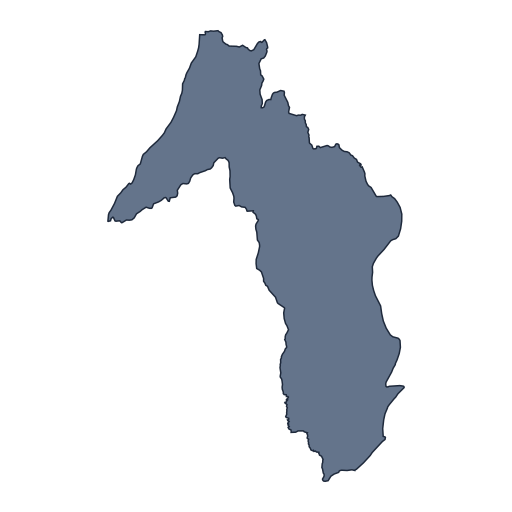 Oña, Azuay, Ecuador (Equal Earth projection)
{"feature_id": "8360857B30899779173578", "entity_name": "Oña", "entity_type": "district", "adm_level": 2, "iso_a3": "ECU", "parent_name": "Ecuador", "parent_adm1": "Azuay", "projection": "equal_earth", "projection_center": [-79.149, -3.497], "detail": "fine", "context": "isolated", "style": "filled", "palette": "slate", "viewbox_px": 512, "rotation_deg": 0, "n_neighbors": 0, "source": "geoboundaries", "source_scale": "gbopen_adm2", "svg_char_len": 6036}
<svg xmlns="http://www.w3.org/2000/svg" viewBox="0 0 512 512"><path d="M108.2,221.4L110.5,220.8L111.1,218.7L112.7,217.2L113.4,217.4L115.0,220.9L115.9,221.2L119.7,220.8L121.5,222.7L122.2,222.6L126.4,220.0L129.4,220.2L131.9,219.8L134.2,217.9L136.5,213.8L140.2,211.4L142.1,209.7L146.1,207.2L149.5,208.3L151.5,208.3L152.1,207.8L153.6,203.8L158.6,201.9L161.2,200.4L164.2,197.8L165.5,197.5L166.1,197.8L168.3,201.2L169.3,201.3L170.2,197.8L175.7,197.1L177.1,195.8L177.7,193.2L177.3,190.3L180.8,184.8L182.9,183.5L186.7,183.9L188.4,183.4L189.7,181.3L190.7,177.9L192.8,174.9L194.6,173.7L197.8,173.7L199.8,172.6L205.4,170.7L207.3,169.6L210.2,169.0L211.6,167.8L213.2,165.6L213.8,162.8L218.2,158.2L219.5,157.7L222.5,158.2L225.1,157.6L226.1,158.9L228.1,160.4L229.1,162.6L229.2,167.0L230.0,170.8L230.1,176.5L229.7,179.4L230.2,188.0L232.6,192.8L233.8,196.3L234.0,198.2L233.7,202.0L234.8,205.3L235.7,206.1L239.1,205.5L241.6,206.9L245.1,207.3L246.5,209.3L246.9,210.9L247.2,211.2L253.3,210.8L253.0,212.2L255.6,214.3L256.4,216.3L256.8,218.8L258.3,219.5L258.2,220.6L256.0,224.2L255.6,226.1L255.9,229.2L256.8,232.2L257.4,240.0L259.2,242.6L259.6,245.2L259.6,246.7L258.3,252.9L256.2,259.4L256.1,263.6L256.7,268.5L259.6,270.2L261.4,271.9L263.6,278.4L263.6,281.3L264.9,283.1L265.8,285.3L267.5,286.3L269.2,290.3L275.5,297.2L277.4,302.7L278.1,303.5L284.4,307.7L284.6,308.2L283.7,312.9L284.2,318.6L285.6,323.6L286.9,325.6L288.5,329.7L286.7,333.3L285.7,334.7L285.2,336.7L285.2,338.8L284.7,339.5L285.9,342.1L286.1,344.6L286.6,346.2L286.6,347.5L285.3,348.9L284.5,351.3L282.4,354.3L281.4,356.7L281.4,358.1L280.6,359.4L280.7,362.7L280.2,364.4L280.3,365.7L280.0,367.6L280.8,372.9L280.2,376.2L280.3,377.1L281.6,379.0L282.0,380.7L282.5,384.5L282.1,387.1L282.3,389.3L283.3,392.0L283.3,393.6L284.2,394.6L286.2,394.7L286.4,396.5L287.8,396.5L288.4,397.0L288.3,397.6L286.4,399.6L286.4,400.0L286.8,400.1L287.3,399.3L287.7,399.6L287.5,400.2L286.5,401.2L285.9,403.0L285.4,403.1L285.0,402.5L284.8,402.8L287.0,404.6L286.5,406.5L287.3,407.6L286.7,409.8L286.9,410.8L286.6,412.9L286.8,414.1L285.7,416.6L286.2,417.4L288.7,418.3L288.6,419.7L287.5,419.9L287.8,420.6L289.1,421.6L288.1,422.6L287.7,423.6L287.8,423.9L288.5,423.9L288.6,424.5L288.1,425.1L289.2,426.6L288.1,427.3L288.7,428.6L289.3,429.3L290.8,429.7L291.2,431.1L291.1,432.4L295.7,432.2L298.1,430.9L302.9,430.9L303.7,431.1L304.2,431.8L307.4,432.8L306.9,433.7L307.5,434.6L307.7,436.2L307.2,437.4L307.3,438.4L308.6,439.2L308.1,441.0L308.6,442.7L308.4,443.9L309.1,444.9L309.2,446.8L310.1,447.9L311.0,450.0L312.9,450.8L313.5,450.4L313.9,451.4L315.5,451.1L316.4,452.0L318.9,452.3L318.8,453.5L319.4,454.4L319.5,455.1L321.5,456.2L323.1,459.5L322.8,460.0L322.7,462.5L322.2,463.8L321.9,467.6L322.5,468.8L323.3,473.1L324.0,474.1L324.2,475.1L323.9,476.6L322.5,479.1L322.7,480.0L323.5,481.0L325.1,481.3L328.1,480.7L330.9,476.2L334.2,474.0L338.6,472.4L339.3,471.0L339.9,470.6L341.6,470.2L347.1,470.5L351.9,469.8L354.9,470.5L355.0,470.0L356.5,469.2L363.4,462.9L370.2,455.5L372.2,452.5L382.4,441.5L385.0,439.5L385.4,437.4L385.0,436.9L383.2,436.4L382.7,428.6L383.7,419.8L385.0,413.8L387.4,408.1L387.7,406.9L389.4,404.5L394.5,398.3L395.5,397.4L397.9,393.8L404.1,387.6L403.9,386.5L403.2,386.1L399.8,385.6L389.2,386.3L387.9,386.9L386.7,386.9L386.0,386.4L385.7,383.9L386.1,382.1L391.6,372.1L393.1,368.3L395.3,364.6L395.3,363.7L397.0,360.0L399.2,353.6L400.4,347.3L400.0,340.6L399.3,339.3L398.1,338.2L392.8,336.8L390.3,334.9L386.2,328.2L383.3,321.0L381.7,313.7L380.6,305.9L375.4,295.7L373.7,290.7L372.4,285.4L371.9,280.0L372.0,277.0L372.6,272.4L372.3,266.8L373.4,263.4L376.4,258.1L378.1,255.8L384.0,249.5L390.7,240.8L392.8,239.6L395.8,238.7L398.4,236.1L400.6,228.8L401.7,221.3L401.8,214.1L400.1,207.4L397.2,202.1L394.6,198.6L391.9,196.7L390.7,195.0L389.2,195.6L383.6,196.4L376.8,196.6L376.2,196.2L371.1,187.5L368.6,185.8L367.5,184.3L366.0,181.2L364.8,176.0L364.9,173.7L364.4,172.0L362.2,166.9L361.5,167.3L360.8,167.0L359.6,165.2L359.9,164.8L360.9,165.3L361.1,164.9L360.6,163.8L357.5,162.1L356.5,159.4L354.3,158.1L352.5,155.7L350.9,155.1L349.2,152.8L347.2,151.8L344.1,151.4L341.9,150.1L339.4,147.6L338.9,144.8L337.9,144.0L336.8,143.8L335.8,144.2L334.6,146.6L331.9,147.4L329.9,147.0L328.4,145.9L327.1,145.5L320.3,147.6L318.8,146.2L316.9,146.3L316.4,148.2L315.9,148.7L313.6,148.9L312.9,148.4L311.8,145.1L309.6,143.2L309.4,142.6L309.1,137.6L308.7,136.9L309.0,135.1L307.8,132.3L308.7,129.5L307.8,127.5L306.4,126.7L306.2,124.5L305.3,122.8L305.3,120.8L304.4,119.1L304.4,116.8L305.3,115.1L302.2,114.4L300.7,115.2L298.3,115.1L296.6,115.7L289.1,113.4L288.6,112.0L289.5,107.4L288.5,105.8L287.8,102.4L284.2,95.3L284.4,92.5L284.0,91.2L280.6,90.5L276.9,92.2L274.7,92.4L273.5,93.0L272.5,94.2L271.3,97.5L270.8,99.6L269.0,99.5L266.7,100.5L265.6,102.1L264.2,106.8L262.6,107.8L261.2,107.7L261.3,105.9L262.3,103.6L262.1,99.6L260.1,94.2L259.8,89.9L261.6,85.5L261.9,83.1L263.1,81.0L263.8,79.1L262.1,75.9L260.7,74.8L260.5,70.8L259.7,68.8L258.9,63.5L261.2,58.8L263.7,58.0L265.3,56.0L266.8,52.2L267.0,51.1L266.5,49.4L266.8,48.5L267.7,47.9L267.6,46.8L266.6,42.7L264.9,39.7L264.4,39.8L261.9,42.4L261.3,42.4L260.7,41.5L259.0,41.9L257.5,43.4L253.8,49.7L251.3,50.9L249.7,50.5L247.9,48.8L247.5,47.9L245.9,47.5L242.6,45.3L239.3,47.0L236.5,46.3L229.2,46.1L227.4,44.6L226.0,44.2L223.2,42.0L222.7,41.1L222.1,37.8L222.7,36.5L222.4,35.0L221.0,32.6L218.9,31.6L218.0,30.7L213.5,31.2L210.6,30.9L208.3,31.7L205.4,31.5L205.1,32.1L205.5,33.6L205.3,34.5L204.8,34.8L199.7,34.7L199.1,44.3L198.6,47.8L197.7,51.1L195.8,56.8L191.3,63.1L189.5,68.1L186.9,72.7L186.0,74.8L185.3,77.8L184.6,78.9L184.4,80.3L182.6,83.8L182.4,90.3L181.8,93.3L180.5,96.3L179.4,101.5L177.3,106.9L176.5,110.7L173.6,117.3L171.0,122.3L166.1,128.9L164.3,132.9L162.4,135.4L157.6,140.8L150.0,147.7L146.5,151.8L143.3,154.4L142.4,156.4L140.3,163.9L138.0,165.7L137.0,167.5L136.4,169.1L135.4,174.9L133.7,179.7L132.1,182.9L130.6,184.1L129.5,183.3L128.8,183.6L126.0,187.2L123.0,189.7L120.8,192.8L117.4,196.3L114.5,203.5L110.9,210.3L109.2,212.6L108.5,214.7L107.9,221.2L108.2,221.4Z" fill="#64748b" stroke="#1e293b" stroke-width="1.5"/></svg>